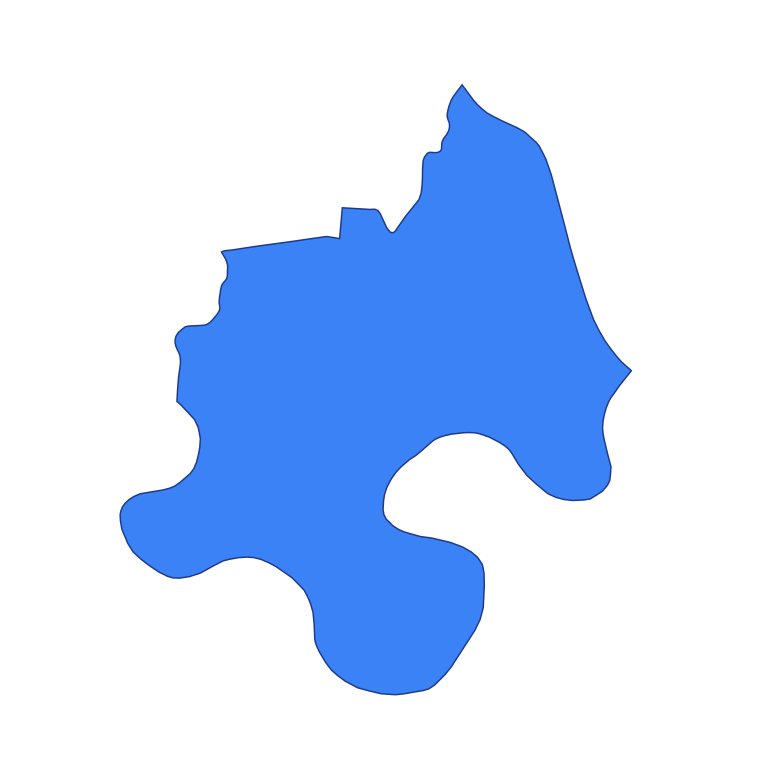 the district of Quan 2, Hồ Chí Minh city, Vietnam, rotated 278°
{"feature_id": "81297802B76466747653960", "entity_name": "Quan 2", "entity_type": "district", "adm_level": 2, "iso_a3": "VNM", "parent_name": "Vietnam", "parent_adm1": "Hồ Chí Minh city", "projection": "orthographic", "projection_center": [106.758, 10.78], "detail": "fine", "context": "isolated", "style": "filled", "palette": "blue", "viewbox_px": 768, "rotation_deg": 278, "n_neighbors": 0, "source": "geoboundaries", "source_scale": "gbopen_adm2", "svg_char_len": 3938}
<svg xmlns="http://www.w3.org/2000/svg" viewBox="0 0 768 768"><g transform="rotate(278 384 384)"><path d="M122.9,350.7L119.9,351.5L116.0,353.3L115.6,353.5L110.0,357.1L100.1,365.0L93.2,372.0L88.9,378.6L84.4,386.8L79.5,400.2L78.0,412.2L78.0,412.6L76.9,424.1L77.9,438.4L78.6,441.4L80.0,446.9L86.0,465.7L88.3,470.8L93.2,476.2L104.6,484.8L110.3,488.2L114.0,490.4L116.3,491.4L150.2,507.1L152.5,508.2L164.0,511.9L176.3,513.4L198.2,511.4L210.9,509.3L218.9,506.5L225.4,500.8L229.7,494.0L233.4,484.8L236.3,472.1L238.1,452.5L238.0,441.3L239.0,433.8L240.4,424.0L242.1,418.3L245.0,412.3L250.5,405.0L254.8,402.0L259.9,400.5L268.5,399.8L274.9,399.9L282.4,401.3L290.7,404.3L294.7,406.3L298.0,408.0L304.1,412.2L312.7,419.8L317.9,425.7L322.2,429.6L327.6,434.3L333.7,439.5L336.4,442.4L339.2,446.8L341.3,451.3L343.8,458.0L344.9,462.2L346.6,468.6L347.7,474.5L348.2,479.3L348.3,482.0L348.1,485.0L347.2,490.0L346.0,495.9L342.3,506.3L339.7,511.9L337.0,516.4L333.6,519.9L323.2,528.3L313.3,538.3L305.8,549.2L298.2,561.5L295.8,569.7L294.7,577.6L294.9,587.0L296.9,597.7L297.3,599.2L297.5,599.7L298.8,604.1L303.9,610.2L308.4,615.3L314.9,619.4L319.9,621.0L326.5,620.8L333.6,620.3L346.5,614.9L360.3,609.5L366.1,607.6L371.3,606.5L377.7,606.1L384.5,606.4L391.5,607.4L397.9,609.0L401.8,610.5L407.5,613.5L415.3,617.5L431.6,627.1L436.0,620.4L439.3,615.6L443.7,610.6L450.0,604.0L456.9,597.3L467.9,588.7L476.9,582.6L496.0,572.3L500.6,570.1L523.0,559.5L533.0,554.9L533.3,554.7L544.5,549.7L564.7,541.4L578.3,535.7L585.7,532.6L590.0,530.8L614.3,520.6L629.0,513.1L631.8,511.2L635.5,508.7L641.4,504.4L644.4,501.1L649.4,493.7L652.5,489.3L653.6,487.2L656.3,480.0L661.2,463.6L664.6,453.7L666.8,448.2L669.7,443.3L673.5,437.8L677.3,433.3L691.1,419.7L683.2,415.3L678.8,412.9L674.2,411.0L667.7,409.6L663.7,409.2L660.8,409.1L658.1,409.2L654.5,410.7L651.7,412.3L649.0,412.9L646.8,413.1L644.4,412.9L642.6,412.4L639.5,411.2L635.6,409.0L632.7,408.0L631.1,407.8L629.7,407.8L628.0,408.0L626.4,408.1L624.2,408.2L622.9,407.6L621.9,406.7L620.9,405.2L620.3,403.2L619.9,398.4L619.7,396.6L619.1,395.5L617.7,394.3L614.5,392.6L611.0,391.7L608.8,391.8L602.2,392.3L591.7,393.6L585.4,394.1L577.8,394.2L571.3,392.9L552.7,381.8L536.5,373.6L535.0,371.8L535.2,369.0L539.2,364.9L552.1,356.6L555.0,353.7L555.8,350.5L554.9,345.7L552.7,318.2L543.0,318.7L521.8,319.8L522.0,313.3L522.1,308.3L521.9,306.1L521.4,304.1L518.7,295.0L518.7,294.8L514.6,280.8L510.0,264.8L505.4,248.4L502.3,237.4L495.7,215.4L494.9,212.4L494.0,208.4L493.1,206.1L492.1,204.7L486.2,209.4L483.1,211.3L480.8,212.2L479.1,212.7L477.0,213.0L473.4,213.3L470.5,213.7L468.6,213.8L466.4,213.6L464.3,212.4L461.3,210.5L459.5,209.7L457.7,209.3L454.1,209.1L451.8,209.1L449.3,209.1L446.7,209.0L444.2,209.2L441.8,209.4L438.9,210.2L437.2,210.8L435.4,210.9L434.6,210.8L432.5,210.3L429.9,209.1L426.0,206.7L423.2,205.0L420.9,203.2L418.9,201.0L417.7,199.1L416.8,196.1L415.8,190.9L415.0,186.8L414.4,183.5L413.9,181.7L413.0,179.3L410.0,176.3L406.6,173.4L404.4,172.2L402.0,171.3L399.7,171.1L397.9,171.0L395.2,171.6L392.4,172.7L389.5,174.4L386.2,176.6L383.9,177.9L381.1,178.7L378.1,179.3L376.3,179.5L375.8,179.6L373.3,179.6L372.8,179.6L362.3,179.6L352.8,180.2L347.9,180.5L342.5,181.0L337.8,181.4L337.3,182.5L335.9,184.5L334.0,187.1L322.3,201.5L318.2,204.1L315.4,205.9L309.8,208.0L304.0,209.8L295.6,210.4L288.7,210.1L280.6,209.3L273.7,207.5L268.3,204.5L258.0,195.6L253.7,190.9L251.2,186.7L248.4,180.2L241.4,157.9L237.8,152.0L234.1,147.7L230.1,144.4L225.6,142.0L221.5,141.1L217.9,140.9L211.6,142.1L203.6,144.7L190.6,152.4L182.8,158.9L177.0,167.3L171.6,176.7L166.5,187.2L163.5,196.2L162.7,201.3L162.6,201.5L163.4,208.8L166.2,218.2L171.3,228.6L180.5,240.8L186.5,249.4L189.1,255.8L191.9,264.4L192.5,267.5L193.6,272.6L193.6,273.0L194.0,279.5L193.2,286.7L191.0,294.8L188.1,302.6L183.7,311.4L179.4,319.8L173.2,328.0L168.5,333.8L161.9,338.5L158.0,340.8L156.0,341.9L148.0,345.5L135.8,348.4L124.1,350.5L122.9,350.7Z" fill="#3b82f6" stroke="#1e3a8a" stroke-width="1.5"/></g></svg>